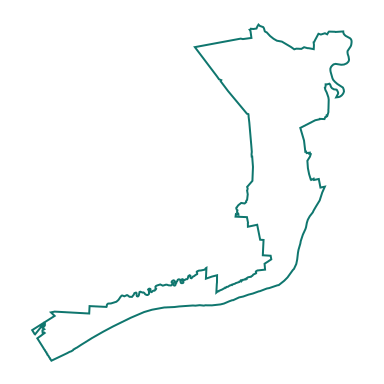 Tārgales pag., Ventspils, Latvia, rotated 179°
{"feature_id": "27541924B44897070784756", "entity_name": "Tārgales pag.", "entity_type": "district", "adm_level": 2, "iso_a3": "LVA", "parent_name": "Latvia", "parent_adm1": "Ventspils", "projection": "mercator", "projection_center": [21.857, 57.473], "detail": "fine", "context": "isolated", "style": "outline", "palette": "teal", "viewbox_px": 384, "rotation_deg": 179, "n_neighbors": 0, "source": "geoboundaries", "source_scale": "gbopen_adm2", "svg_char_len": 5796}
<svg xmlns="http://www.w3.org/2000/svg" viewBox="0 0 384 384"><g transform="rotate(179 192 192)"><path d="M140.6,344.5L186.6,336.8L165.1,307.3L163.0,304.2L160.8,303.3L161.4,302.2L154.2,292.3L135.7,269.3L134.3,268.9L134.1,267.7L134.1,266.5L133.5,260.6L131.9,237.5L131.5,231.1L131.8,228.6L131.7,226.4L131.2,226.4L130.6,216.0L131.4,202.1L136.8,196.1L136.3,194.6L136.6,193.0L136.9,192.6L136.3,188.7L137.0,183.5L137.1,183.1L137.6,182.7L138.1,181.6L138.0,181.0L139.6,179.6L143.0,180.2L145.9,178.0L147.0,176.6L147.2,176.1L147.7,175.8L148.0,175.3L148.0,174.8L147.5,173.4L146.9,173.0L146.9,172.6L147.4,171.1L146.2,169.6L146.0,169.2L146.0,168.6L148.5,169.1L148.9,166.6L137.5,165.9L136.5,160.1L136.7,159.7L136.7,156.3L127.4,158.1L124.7,143.1L121.3,142.8L122.3,127.5L114.5,126.9L113.9,123.3L120.7,119.0L120.3,113.1L127.9,112.4L128.9,111.9L129.5,111.4L129.6,111.1L129.2,109.9L129.4,109.6L132.1,108.4L133.1,107.2L134.6,106.4L134.7,106.1L135.7,106.1L137.5,105.7L138.6,105.0L139.1,104.6L139.0,104.3L139.8,104.3L140.3,104.1L140.6,103.9L140.4,103.6L142.6,103.3L143.0,102.8L143.4,103.1L144.1,102.9L144.2,102.6L144.3,102.8L144.8,102.8L144.9,102.6L145.0,101.9L146.2,101.6L146.3,101.2L149.9,100.1L150.6,99.6L153.6,98.7L153.7,98.3L154.3,98.4L155.0,98.0L155.8,97.9L157.8,96.6L159.1,96.5L159.6,95.9L160.4,95.8L160.4,95.5L160.7,95.3L161.4,95.2L163.5,94.0L167.0,92.6L167.2,92.2L167.8,92.3L169.4,91.0L168.8,99.6L168.6,101.1L168.4,108.3L173.5,107.1L179.6,105.1L178.9,115.9L179.6,115.5L180.3,114.5L180.8,114.1L184.4,113.4L186.4,113.3L188.2,112.6L188.7,112.0L188.5,111.4L188.2,110.9L188.3,109.8L190.1,108.9L191.1,108.0L192.5,107.4L194.0,105.8L194.8,106.0L195.2,107.2L195.1,107.9L195.1,108.4L195.9,108.8L197.1,108.0L197.8,105.5L198.4,104.9L199.5,104.9L200.9,104.1L201.5,104.2L203.1,105.0L203.9,104.7L204.0,104.4L203.8,103.7L202.5,103.0L202.2,102.5L202.1,102.1L202.3,101.5L202.8,101.1L203.8,101.0L204.6,101.3L204.8,101.6L205.1,102.7L205.2,104.0L205.3,104.4L206.0,104.8L206.9,104.9L207.7,104.5L208.5,102.9L209.3,102.3L209.3,101.3L209.8,100.8L210.1,99.6L210.3,99.2L210.9,98.7L211.7,98.9L212.4,99.7L212.2,100.9L211.3,101.8L210.9,102.9L210.9,103.3L211.2,103.7L212.1,104.0L213.2,103.5L213.9,102.6L213.9,101.9L213.3,101.4L213.2,100.3L213.4,99.8L214.6,98.9L217.0,99.1L218.6,99.7L219.6,99.8L222.8,98.9L225.4,100.1L228.7,99.1L229.7,98.6L230.2,97.9L230.1,97.5L230.2,96.3L229.6,95.8L230.0,95.1L230.5,94.9L230.8,94.3L231.2,94.0L231.9,94.1L232.8,93.8L234.1,92.6L234.8,92.8L235.2,93.3L235.3,93.7L235.2,95.4L235.3,95.7L236.0,96.1L236.7,96.0L237.4,95.5L237.6,95.2L236.9,94.1L236.8,92.8L236.7,91.1L237.1,90.5L238.1,89.8L238.9,89.8L240.3,90.4L240.8,90.9L241.4,91.8L242.2,92.4L243.1,92.3L245.5,93.2L246.2,92.9L246.9,89.8L247.4,88.9L248.0,88.5L248.9,88.8L249.2,89.8L249.2,91.8L249.8,92.4L251.3,91.9L252.0,90.4L253.8,88.2L256.3,88.3L258.3,89.9L258.9,90.0L261.5,88.9L263.3,89.7L264.2,89.6L265.7,87.9L266.4,86.8L267.5,85.3L269.5,83.6L274.9,82.0L277.8,81.9L278.7,81.2L279.1,80.5L279.3,79.0L279.5,78.6L296.4,79.7L296.9,72.3L331.4,74.8L335.1,74.1L331.5,70.5L354.2,56.7L351.9,52.8L351.4,52.4L345.7,59.2L345.6,59.6L345.2,60.1L344.6,60.6L344.1,60.5L343.5,61.1L342.2,63.8L341.4,63.2L341.7,62.3L341.4,61.8L341.8,61.4L341.6,60.9L342.6,59.9L343.1,59.9L343.3,59.5L343.1,59.2L343.7,58.7L342.1,57.4L343.9,56.4L344.0,55.7L343.7,53.1L342.4,54.1L341.8,53.6L349.2,48.4L343.2,38.5L342.9,37.8L341.8,36.4L341.8,36.0L341.0,35.0L340.7,34.2L340.4,34.1L340.4,33.9L340.0,33.2L339.8,32.6L339.4,32.4L339.3,31.6L338.4,30.7L337.5,28.9L337.1,28.6L336.6,27.6L336.6,27.3L336.3,27.1L335.5,25.8L319.7,33.0L317.2,34.3L315.6,34.8L313.7,35.9L313.2,36.7L312.2,37.0L311.4,37.7L310.0,38.3L305.4,41.2L294.2,47.9L283.0,54.0L273.4,58.9L255.5,67.3L242.0,72.8L234.0,75.0L221.9,77.0L211.6,77.3L206.8,77.8L193.1,78.5L190.5,78.3L186.3,78.7L182.1,78.2L180.6,78.5L174.2,78.3L165.5,79.1L162.0,79.9L156.6,82.1L153.7,83.1L152.8,83.1L146.7,85.8L142.6,86.6L137.3,88.4L133.0,89.4L126.9,91.5L126.0,91.6L118.8,94.2L116.4,94.6L108.3,97.2L106.9,97.4L101.4,101.6L98.0,104.9L92.4,112.4L91.4,113.3L89.0,118.2L88.0,122.7L87.1,129.4L86.5,132.4L84.6,138.5L84.1,141.1L81.9,147.4L79.3,152.8L78.6,154.8L77.7,159.2L76.7,162.2L74.7,165.7L71.6,169.5L70.7,171.4L68.2,175.5L64.5,181.3L61.8,189.2L59.1,195.0L63.5,194.2L65.0,202.8L69.8,201.9L70.1,203.2L72.1,202.1L73.2,203.5L73.3,203.3L74.6,207.8L75.7,213.8L76.1,221.2L73.5,225.2L72.6,227.8L74.2,228.2L74.1,228.9L73.5,228.9L73.5,229.3L76.7,228.9L77.3,230.5L78.0,230.3L79.1,241.5L82.6,254.2L67.5,261.6L63.1,262.5L63.0,262.9L58.3,262.6L57.4,264.6L56.5,264.8L56.1,266.2L55.4,265.8L54.3,269.2L54.2,270.2L54.2,272.1L54.1,272.8L53.7,281.9L54.0,284.3L55.6,289.2L56.8,291.6L57.1,292.8L57.3,293.8L57.0,293.9L56.5,296.1L56.5,297.3L54.9,297.3L52.7,297.9L52.4,297.6L52.4,297.3L51.9,296.8L51.2,294.7L50.3,293.4L48.4,292.2L45.7,291.8L45.3,291.4L44.3,289.3L44.1,288.4L44.5,287.1L45.1,286.2L46.2,284.1L43.5,284.4L42.2,284.9L40.6,286.0L39.2,287.7L38.7,288.8L38.3,289.8L38.5,291.7L39.0,293.1L39.3,293.8L44.8,297.5L47.3,299.8L48.9,301.7L49.6,303.3L51.3,309.7L51.5,311.2L51.5,312.9L50.9,314.4L50.0,315.6L48.3,317.1L46.2,317.6L40.5,316.6L37.8,316.8L35.1,317.9L33.5,319.4L32.9,320.5L32.7,321.7L33.1,324.7L33.9,327.2L34.1,329.1L34.0,330.2L30.9,334.7L30.4,335.8L30.1,337.0L29.8,339.2L29.9,340.7L30.3,341.8L31.2,342.9L35.6,345.4L36.6,346.3L37.5,347.5L38.0,349.1L38.0,349.9L45.9,349.5L46.2,349.7L52.2,350.0L52.8,349.4L54.1,347.3L56.3,348.4L60.4,347.2L62.8,348.0L66.6,341.2L67.1,340.0L67.8,339.6L67.5,337.0L67.8,332.7L72.5,333.7L74.0,333.8L77.4,334.8L80.1,333.2L85.1,333.5L87.3,332.9L90.4,335.2L99.5,340.8L104.5,341.8L107.8,343.8L111.2,346.6L114.5,350.3L115.8,350.9L116.4,351.4L117.2,354.4L117.9,355.6L121.3,356.9L122.6,358.2L123.8,356.3L124.7,354.3L127.9,353.9L130.3,354.2L130.6,353.4L131.5,353.2L130.7,351.8L129.9,345.0L138.5,344.0L140.6,344.5Z" fill="none" stroke="#0f766e" stroke-width="2"/></g></svg>